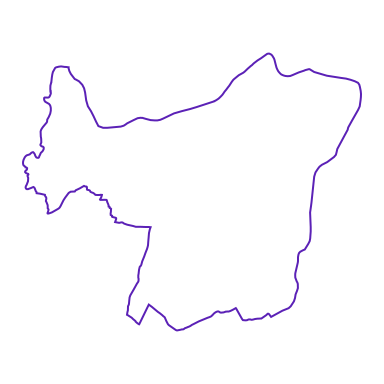 Flandes, Tolima, Colombia
{"feature_id": "7082276B85738842293141", "entity_name": "Flandes", "entity_type": "district", "adm_level": 2, "iso_a3": "COL", "parent_name": "Colombia", "parent_adm1": "Tolima", "projection": "albers", "projection_center": [-74.854, 4.24], "detail": "fine", "context": "isolated", "style": "outline", "palette": "violet", "viewbox_px": 384, "rotation_deg": 0, "n_neighbors": 0, "source": "geoboundaries", "source_scale": "gbopen_adm2", "svg_char_len": 5793}
<svg xmlns="http://www.w3.org/2000/svg" viewBox="0 0 384 384"><path d="M308.7,69.2L305.3,70.1L304.2,70.6L298.8,72.4L292.5,75.1L290.2,76.0L287.7,76.2L285.6,76.0L284.3,75.7L282.9,75.2L281.2,74.4L280.1,73.4L278.6,71.7L278.0,70.8L277.1,69.0L276.5,67.6L275.5,63.9L274.5,59.9L274.0,58.5L272.5,56.0L271.8,55.1L271.1,54.5L270.3,54.1L269.5,53.7L269.0,53.6L268.7,53.6L267.9,53.7L267.1,53.9L261.1,58.2L257.6,60.4L253.7,63.4L251.9,65.2L250.9,65.9L247.7,68.7L244.7,71.6L243.3,72.7L238.8,75.2L234.2,79.0L233.3,79.8L231.8,81.8L229.2,85.8L228.3,86.9L226.2,89.7L224.6,91.6L223.4,93.4L222.4,94.8L220.5,96.8L218.6,98.6L216.8,99.8L215.5,100.6L214.3,101.1L214.3,101.3L196.5,107.1L190.2,109.0L182.0,111.1L174.0,113.4L162.9,118.7L160.3,119.8L157.4,120.4L154.7,120.4L150.6,120.1L145.9,118.9L142.5,117.9L140.3,117.8L137.6,118.2L133.6,120.1L127.2,123.3L125.6,124.5L123.7,125.7L120.7,126.6L107.3,127.8L103.1,127.8L98.4,126.1L96.1,121.7L93.5,116.1L91.0,111.2L87.9,106.3L86.2,100.4L85.1,92.5L84.1,88.3L82.3,84.8L79.0,81.3L76.0,79.6L74.7,79.0L73.0,76.8L70.8,73.9L69.3,70.9L68.5,67.9L68.6,67.3L66.3,67.0L64.5,66.9L61.1,66.4L58.7,66.7L57.6,67.0L56.2,67.3L55.1,68.0L54.9,68.4L52.9,72.0L52.3,74.4L51.8,77.7L51.4,81.5L51.2,82.3L51.3,82.4L50.8,84.0L50.4,85.7L50.3,88.9L50.4,91.3L50.7,91.2L50.8,92.6L50.8,93.6L50.4,94.7L49.8,96.1L49.3,96.9L48.9,97.3L48.5,97.5L47.4,97.6L45.5,97.5L44.7,97.5L44.3,97.8L44.1,98.1L44.1,99.2L44.3,100.2L44.5,100.7L45.3,101.8L49.0,103.9L49.9,105.0L50.4,106.1L50.8,108.0L50.8,110.7L50.2,113.7L48.7,117.1L47.3,119.5L47.2,119.9L47.1,121.4L47.0,121.8L46.7,122.5L43.0,126.9L41.8,128.6L41.1,129.9L40.7,131.1L40.6,131.6L40.8,136.6L41.1,138.2L41.2,139.2L41.3,142.4L41.1,143.0L40.4,144.7L40.4,145.0L40.6,145.3L41.1,145.9L41.6,146.3L42.8,146.6L43.5,147.2L43.7,147.5L43.7,149.0L43.0,150.5L42.4,151.4L40.9,152.8L40.5,153.5L40.2,154.4L40.0,154.9L39.5,155.6L39.1,157.0L38.8,157.5L38.4,157.8L37.4,157.8L36.5,157.5L36.1,157.1L35.2,155.6L34.9,154.5L34.2,153.3L33.5,152.5L33.2,152.2L32.7,152.2L32.1,152.4L30.9,153.2L29.7,154.4L26.8,155.3L26.1,155.8L25.4,156.5L24.7,157.4L24.3,158.3L23.6,159.7L23.1,161.6L23.0,162.9L23.1,164.0L23.3,164.8L23.6,165.4L25.2,166.7L25.6,167.2L25.6,167.4L26.4,167.5L26.7,167.7L27.1,168.1L27.1,168.6L26.9,169.6L26.3,170.1L25.2,171.3L25.1,172.1L26.2,173.2L28.2,173.9L28.4,174.6L27.5,175.8L27.7,176.6L28.2,177.9L28.0,181.3L26.6,184.9L25.8,186.3L25.6,187.6L26.0,188.6L26.8,189.1L28.1,189.1L31.3,187.9L32.8,187.2L33.4,187.0L34.3,187.6L34.8,188.5L35.8,191.2L36.5,192.0L36.6,193.2L40.1,193.7L44.9,194.8L44.9,195.4L45.2,196.0L45.6,196.8L46.1,197.2L46.2,197.6L46.3,198.3L46.3,199.0L46.0,200.1L45.9,201.1L46.4,202.0L47.6,205.0L47.7,206.1L47.7,208.3L48.5,209.4L48.4,210.4L47.8,212.4L47.5,213.1L47.6,213.4L48.0,213.6L49.3,213.3L51.9,212.4L58.0,208.9L58.9,208.3L59.7,207.5L60.6,206.0L62.0,203.2L63.5,200.2L65.2,197.6L68.7,192.9L70.7,191.7L74.8,191.5L75.7,190.3L79.9,188.3L84.0,185.9L85.3,186.5L86.5,186.6L86.8,186.9L86.9,187.5L87.0,188.1L86.9,189.2L87.1,189.7L87.4,189.8L88.8,190.1L89.6,190.4L90.0,190.8L90.3,191.6L90.6,191.9L91.4,192.3L93.1,192.9L94.4,193.8L95.3,194.8L95.6,194.9L97.4,195.0L99.2,195.0L100.8,194.8L101.9,194.9L101.8,195.5L101.1,197.6L100.1,199.3L100.0,199.6L100.2,199.8L100.5,199.9L105.0,199.8L106.5,199.9L106.7,200.1L107.4,202.5L107.9,203.5L108.4,204.8L108.6,205.8L108.6,206.5L109.4,206.7L109.6,207.0L109.6,207.8L109.7,208.0L110.4,208.2L111.1,208.9L111.0,209.5L110.9,211.7L110.6,213.6L110.7,215.0L111.7,215.5L112.1,215.8L112.1,216.1L112.0,216.6L112.2,216.9L115.7,217.8L116.1,218.1L116.2,218.9L115.1,222.1L118.9,222.8L119.5,222.8L121.2,222.4L122.0,222.4L122.5,222.5L122.9,222.7L123.6,223.3L124.4,223.7L127.2,224.7L133.1,226.0L135.8,226.8L140.5,226.8L145.5,227.0L148.9,227.0L150.6,227.2L149.9,229.1L149.0,233.0L148.6,237.8L148.3,241.1L148.0,245.3L147.6,247.0L147.0,249.0L145.5,252.8L144.2,256.5L142.2,261.4L141.3,264.8L140.8,265.8L140.0,266.5L139.7,267.0L139.0,270.0L138.6,273.7L138.3,275.3L138.3,277.8L138.6,278.8L138.5,280.9L138.2,281.8L136.9,283.7L133.7,289.5L130.3,295.4L129.6,297.4L129.2,301.1L129.0,303.5L128.8,304.6L128.0,306.3L127.9,310.3L127.4,312.2L127.0,314.8L127.8,315.2L131.7,317.7L133.1,319.1L135.4,321.0L135.6,321.6L136.9,322.8L138.8,324.2L139.2,324.3L148.8,304.6L151.9,306.9L157.9,311.9L159.8,313.2L162.4,315.3L163.2,316.1L164.5,317.1L164.8,317.5L166.4,321.2L167.6,323.5L167.9,324.1L168.8,325.1L175.8,330.0L176.8,330.4L177.3,330.4L180.8,329.7L181.8,329.4L182.7,329.4L183.3,329.3L183.6,329.2L185.1,328.1L186.7,327.6L187.4,327.2L188.6,326.8L190.5,325.9L191.7,325.0L194.1,323.8L198.8,321.4L207.5,317.8L209.8,317.0L211.4,316.2L212.1,315.4L213.1,314.5L213.7,313.7L215.5,312.3L217.0,311.6L218.0,311.4L218.6,311.5L219.5,312.0L220.0,312.4L220.7,312.6L221.6,312.6L223.6,312.4L225.9,311.6L228.8,311.5L230.5,310.9L232.6,309.9L235.8,308.1L236.2,308.6L242.1,319.1L242.9,320.1L244.9,320.3L246.0,320.3L247.0,320.2L248.5,319.5L250.1,319.4L250.7,319.6L251.7,319.8L252.9,319.6L255.1,319.0L257.3,318.7L261.4,318.5L266.3,315.1L267.6,313.8L267.9,313.7L268.2,313.7L268.7,313.9L269.1,314.2L271.1,316.9L282.4,310.7L288.6,308.2L290.7,306.3L293.9,301.4L295.0,298.1L295.6,294.4L297.0,290.9L297.9,288.1L297.8,283.9L297.3,282.3L296.8,281.6L295.3,277.6L295.2,275.0L295.3,273.3L297.8,262.6L298.0,261.1L298.0,257.1L298.5,254.4L299.2,252.8L300.3,251.7L302.9,250.3L304.8,249.5L308.2,244.0L309.7,241.1L310.2,238.4L310.7,231.4L310.7,227.1L310.1,212.5L311.0,206.2L311.5,202.3L314.2,176.6L315.5,172.4L318.1,168.5L319.5,166.7L321.9,164.8L327.2,162.1L334.0,157.0L335.9,154.8L336.6,152.1L337.3,149.0L347.7,129.7L347.9,128.7L348.0,128.1L348.4,127.1L351.9,120.8L358.1,109.9L359.7,106.4L360.1,103.5L360.6,100.0L360.9,97.1L361.0,94.0L360.7,90.9L359.9,86.9L359.3,84.7L358.0,82.8L354.7,81.2L350.6,79.8L346.0,78.6L340.9,77.9L326.8,75.7L314.2,72.0L309.6,69.2L308.7,69.2Z" fill="none" stroke="#5b21b6" stroke-width="2"/></svg>